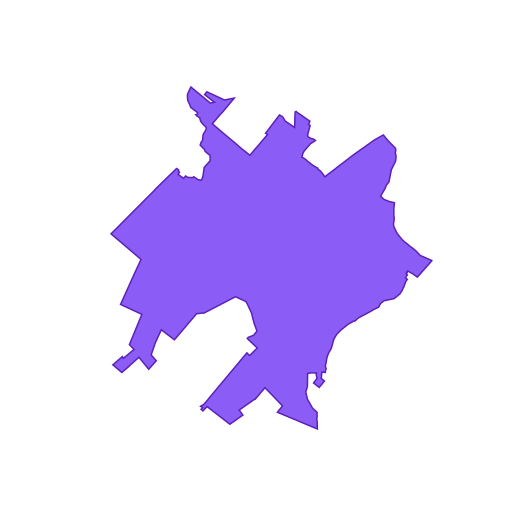 the district of Cacalchén, Yucatán, Mexico, rotated 304°
{"feature_id": "50627088B30008490692621", "entity_name": "Cacalchén", "entity_type": "district", "adm_level": 2, "iso_a3": "MEX", "parent_name": "Mexico", "parent_adm1": "Yucatán", "projection": "orthographic", "projection_center": [-89.242, 20.984], "detail": "fine", "context": "isolated", "style": "filled", "palette": "violet", "viewbox_px": 512, "rotation_deg": 304, "n_neighbors": 0, "source": "geoboundaries", "source_scale": "gbopen_adm2", "svg_char_len": 4577}
<svg xmlns="http://www.w3.org/2000/svg" viewBox="0 0 512 512"><g transform="rotate(304 256 256)"><path d="M85.7,198.2L84.5,208.9L84.4,209.9L93.9,212.5L94.1,212.4L106.6,215.6L105.4,219.5L103.5,225.9L102.1,230.4L113.4,231.9L114.4,228.0L115.4,224.4L125.8,221.6L127.6,221.1L131.7,220.4L136.7,219.6L141.9,218.8L141.8,220.3L140.9,235.2L152.4,236.5L159.4,237.3L159.7,237.3L170.2,238.5L175.0,239.0L175.1,239.3L175.3,239.6L178.1,242.7L178.2,242.8L179.6,244.8L210.8,261.8L211.9,268.7L212.5,272.4L212.4,273.6L212.2,274.2L206.3,284.0L205.4,285.1L203.2,287.4L199.0,292.3L194.3,298.8L188.9,298.3L184.3,295.1L182.7,294.9L180.4,308.5L169.9,306.4L170.6,302.6L115.4,296.9L104.0,295.8L100.4,294.1L100.5,296.4L98.2,296.2L97.9,298.6L103.8,299.7L101.9,328.4L116.8,334.1L118.9,328.2L136.6,335.0L137.2,335.3L137.3,335.3L137.2,335.5L141.1,335.9L144.3,336.2L148.8,336.8L151.8,337.1L150.9,341.5L149.5,348.2L146.5,361.8L139.6,361.2L138.4,361.1L146.9,403.6L151.3,400.5L152.4,399.7L155.5,397.1L156.9,396.6L158.0,395.8L160.4,394.2L160.7,393.4L161.4,388.1L166.1,378.7L171.1,373.3L176.5,371.6L187.5,364.5L190.4,367.6L192.8,371.6L191.7,371.9L188.7,375.0L182.9,374.7L182.4,381.9L190.6,382.7L191.0,378.6L196.6,375.5L198.2,378.6L199.5,377.8L201.8,377.2L203.4,375.1L207.8,373.3L210.8,371.9L213.6,371.0L216.5,370.4L219.4,370.3L221.4,370.1L223.6,369.4L230.5,367.1L235.9,366.7L238.7,367.2L242.5,367.9L249.1,370.0L252.3,371.0L253.5,371.9L254.8,372.5L256.2,373.1L257.6,374.5L260.5,375.1L261.7,375.4L272.8,381.3L276.6,383.2L277.1,383.3L280.1,385.1L282.3,386.3L286.2,385.8L290.5,387.2L297.9,394.3L300.1,395.0L305.1,396.5L309.7,396.4L311.7,395.9L313.2,395.9L314.5,395.3L316.5,395.1L317.4,394.5L321.3,394.5L321.5,392.1L325.1,392.0L325.3,390.4L326.8,390.6L326.9,390.0L328.4,390.1L328.7,393.8L328.8,395.0L328.9,395.6L328.7,401.6L333.3,402.2L350.3,404.4L350.6,404.3L348.3,391.8L349.7,385.6L349.8,384.6L350.2,379.4L350.1,378.8L350.5,375.9L350.7,374.0L350.7,372.1L351.3,368.1L352.9,362.7L353.6,360.6L354.7,358.5L357.0,354.7L358.0,353.3L359.8,351.8L361.9,351.0L365.0,349.2L366.4,347.8L372.0,344.0L377.6,341.0L376.7,338.6L375.8,336.4L374.5,330.7L375.1,325.9L384.8,325.2L387.1,324.5L391.8,324.8L399.3,321.6L401.9,320.6L403.0,320.0L412.7,318.7L416.5,316.7L418.0,315.4L418.9,314.2L420.0,313.6L421.7,312.8L423.3,311.5L424.0,308.2L425.4,301.1L427.3,294.8L427.6,294.0L427.6,293.9L421.3,290.7L419.9,290.0L418.5,289.3L415.8,288.3L410.5,286.3L409.0,285.7L406.6,284.9L404.4,284.0L402.6,283.3L393.5,279.9L387.7,278.0L376.5,274.2L372.1,272.8L363.9,270.0L360.2,268.8L361.4,265.5L362.1,263.3L362.5,261.5L362.7,258.8L363.4,258.0L363.2,256.7L363.2,255.7L363.0,252.9L363.1,249.7L363.5,245.1L363.7,244.1L363.9,241.6L363.6,238.8L367.0,237.6L369.9,237.2L379.5,238.4L384.7,240.6L385.0,240.7L385.1,239.6L385.1,238.4L384.5,236.5L384.2,235.5L384.0,234.3L383.9,233.1L384.1,232.1L384.5,232.0L385.0,231.2L387.0,230.5L394.5,227.9L394.5,226.0L397.9,225.3L398.0,217.1L398.1,215.0L398.1,213.6L398.0,211.8L398.1,210.3L398.1,209.3L398.3,208.3L397.6,208.1L397.3,207.9L391.3,211.6L384.2,216.1L384.2,215.9L384.2,206.1L384.2,204.7L386.0,201.1L386.3,199.8L386.1,196.6L373.6,195.9L370.4,195.7L363.5,195.3L363.1,195.3L363.2,197.6L361.8,197.5L361.2,197.4L351.3,196.3L349.7,196.2L343.7,195.4L343.3,195.4L336.1,194.6L336.7,187.7L336.7,186.5L336.9,184.4L337.4,180.1L338.0,175.5L338.4,171.3L339.6,159.7L340.2,154.7L341.2,145.9L353.5,147.2L356.3,147.8L363.3,148.5L374.4,149.7L374.7,149.7L374.8,149.7L367.7,142.6L366.2,133.0L364.6,123.4L361.1,123.1L360.2,135.6L357.2,132.6L357.8,127.1L358.2,123.0L359.7,107.6L358.9,107.6L351.9,108.7L349.9,109.9L346.8,112.4L344.4,116.4L342.9,118.6L342.7,118.8L342.2,127.5L340.6,127.9L340.0,127.6L339.4,127.1L339.1,129.2L339.0,131.3L339.0,132.3L337.9,133.3L336.6,135.1L336.2,136.3L335.9,137.2L335.1,140.9L334.6,143.0L333.0,143.9L332.1,143.9L330.0,144.1L328.7,144.1L327.0,144.3L325.2,145.2L323.3,146.3L322.6,146.8L322.2,146.9L321.6,147.1L320.0,146.8L317.8,147.4L316.7,147.7L315.5,153.7L314.3,155.3L314.1,157.0L313.9,158.4L313.7,161.8L309.1,164.7L300.5,163.5L294.3,166.5L291.2,167.9L288.2,168.2L286.9,165.1L286.9,160.0L285.6,159.7L283.0,155.4L283.0,152.9L279.9,152.5L280.1,145.8L282.7,145.7L282.8,144.5L283.9,144.0L284.2,142.6L284.1,141.2L281.0,140.6L269.3,138.1L254.8,135.1L254.3,135.1L254.2,135.2L248.0,134.0L243.4,133.1L241.1,132.6L239.2,132.3L231.0,130.7L224.9,129.5L200.3,124.8L193.3,123.4L192.5,130.1L191.8,137.0L189.8,154.5L189.7,155.3L189.1,160.8L188.9,162.6L173.7,165.0L162.7,166.9L140.1,170.8L143.8,194.0L135.5,195.7L111.7,200.6L110.4,207.1L97.0,203.3L97.9,201.4L85.7,198.2Z" fill="#8b5cf6" stroke="#5b21b6" stroke-width="1.5"/></g></svg>